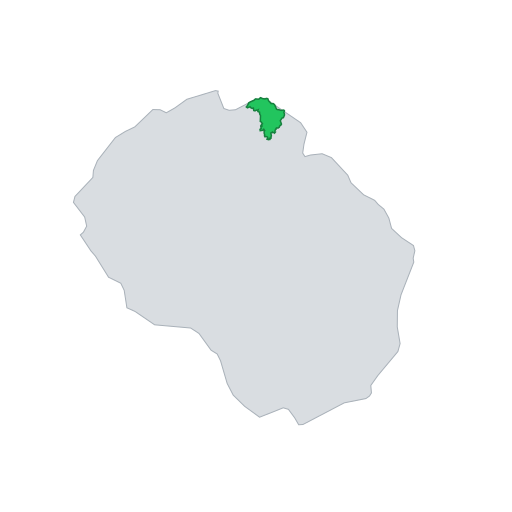 location of Tetovo, Tetovo, North Macedonia, rotated 60°
{"feature_id": "65306769B82420997238505", "entity_name": "Tetovo", "entity_type": "district", "adm_level": 2, "iso_a3": "MKD", "parent_name": "North Macedonia", "parent_adm1": "Tetovo", "projection": "orthographic", "projection_center": [20.883, 42.045], "detail": "fine", "context": "in_parent", "style": "filled", "palette": "green", "viewbox_px": 512, "rotation_deg": 60, "n_neighbors": 0, "source": "geoboundaries", "source_scale": "gbopen_adm2", "svg_char_len": 2884}
<svg xmlns="http://www.w3.org/2000/svg" viewBox="0 0 512 512"><g transform="rotate(60 256 256)"><path d="M232.4,136.2L240.1,137.1L256.8,132.2L267.1,125.4L272.4,124.4L279.4,121.8L289.6,122.0L299.9,124.8L312.9,120.8L325.7,114.4L330.9,115.8L336.5,121.0L340.2,122.4L362.1,149.8L374.0,160.8L388.0,169.1L403.9,175.0L409.7,180.9L420.4,210.2L425.5,221.3L432.3,224.5L434.0,227.7L434.4,232.0L427.3,253.0L425.4,299.6L423.5,303.4L415.6,303.4L405.0,304.6L401.1,308.3L397.4,333.5L380.5,341.0L365.1,345.3L352.0,344.7L329.0,339.1L321.5,338.6L315.1,342.0L294.6,344.1L285.7,348.6L264.9,378.2L243.5,388.5L236.3,393.7L219.8,387.3L212.0,386.7L200.7,394.3L175.8,395.1L169.1,396.4L149.9,397.6L149.1,393.6L145.5,387.7L136.6,384.9L118.3,387.3L113.9,383.0L106.4,358.0L100.6,354.0L94.1,345.6L83.1,318.5L82.8,306.7L83.6,296.4L77.6,272.1L81.4,265.9L87.1,262.1L87.2,252.3L85.7,237.5L92.5,208.4L94.3,206.3L96.0,207.7L112.2,210.1L116.4,206.4L119.1,200.6L120.0,179.3L123.9,169.5L162.9,150.7L174.3,150.0L183.2,158.6L190.2,164.1L194.4,163.9L195.8,158.3L200.5,147.6L208.5,141.5L232.1,136.1L232.4,136.2Z" fill="#d9dde1" stroke="#a8b0b8" stroke-width="1"/><path d="M149.6,189.7L150.5,187.3L150.1,185.9L151.8,185.8L151.9,186.5L153.9,187.6L155.4,187.9L156.2,188.6L157.3,188.6L157.4,187.7L158.6,186.6L159.4,186.8L160.4,188.1L161.5,187.0L161.1,186.2L162.0,185.8L161.6,184.9L161.0,184.9L161.4,184.0L160.1,183.3L159.7,182.6L156.9,181.7L156.9,179.8L157.4,180.0L158.4,178.4L158.8,178.4L158.5,177.6L158.3,177.9L156.6,176.5L156.0,175.5L156.2,175.3L155.5,174.7L155.3,174.2L156.2,173.0L156.1,171.5L155.0,170.0L155.1,169.0L154.5,168.0L150.9,167.3L149.5,164.3L149.9,163.1L148.2,160.9L147.1,160.3L145.6,160.1L144.6,158.8L143.7,158.9L143.4,159.2L143.1,159.8L143.0,160.2L142.5,161.4L141.6,162.3L140.8,163.0L140.2,163.8L140.1,164.0L139.6,164.5L139.3,164.7L139.0,164.8L138.5,164.8L138.3,164.7L138.2,164.7L136.8,164.5L136.5,164.4L136.2,164.5L134.9,164.3L134.1,164.3L132.7,164.8L132.4,165.2L132.2,165.6L131.6,166.7L131.2,166.8L130.7,166.9L129.8,167.0L129.2,167.2L128.6,167.4L128.3,167.4L127.0,167.4L126.6,167.3L126.3,167.2L126.0,167.1L125.9,167.1L125.6,167.2L124.8,168.0L124.6,168.7L124.7,168.8L124.5,169.6L123.6,170.8L122.9,171.6L122.6,171.9L121.9,172.3L121.5,172.6L121.4,172.7L121.1,173.0L121.2,173.6L121.3,173.8L121.4,174.0L121.5,174.7L121.5,175.4L121.0,176.1L120.7,176.5L120.4,176.9L119.8,177.7L119.7,178.0L119.9,179.0L120.2,179.9L120.0,181.1L119.9,182.3L119.7,183.4L119.7,184.4L119.7,185.3L119.8,185.9L120.3,186.4L121.1,187.7L121.8,189.0L122.2,189.6L122.2,189.8L123.4,189.3L123.8,186.5L124.8,186.5L126.2,185.6L126.6,184.3L128.9,185.2L129.8,184.3L129.9,182.6L130.5,181.9L130.5,181.2L131.0,181.8L131.9,182.1L133.2,181.0L134.8,181.8L136.7,181.9L141.6,185.0L142.3,184.5L144.7,184.3L144.9,185.5L145.7,185.6L145.6,186.4L146.5,186.2L146.3,187.1L148.1,187.7L148.3,189.2L149.6,189.7Z" fill="#22c55e" stroke="#15803d" stroke-width="1.5"/></g></svg>